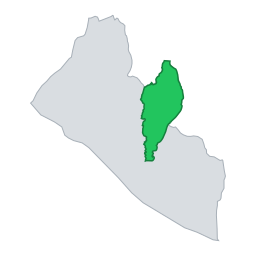 where Nimba sits in Liberia
{"feature_id": "LBR-791", "entity_name": "Nimba", "entity_type": "County", "adm_level": 1, "iso_a3": "LBR", "parent_name": "Liberia", "parent_adm1": "", "projection": "robinson", "projection_center": [-8.946, 6.763], "detail": "fine", "context": "in_parent", "style": "filled", "palette": "green", "viewbox_px": 256, "rotation_deg": 0, "n_neighbors": 0, "source": "natural_earth", "source_scale": "10m", "svg_char_len": 5462}
<svg xmlns="http://www.w3.org/2000/svg" viewBox="0 0 256 256"><path d="M30.6,103.1L33.1,100.7L36.8,93.0L42.0,85.6L46.8,81.2L50.6,76.7L54.7,73.2L60.5,69.1L69.3,58.5L71.4,57.2L72.8,49.9L75.1,40.5L77.6,37.6L83.7,35.8L85.1,34.2L87.2,27.6L88.6,19.9L88.7,18.2L91.1,18.0L95.1,16.3L97.5,17.1L98.5,19.3L99.1,21.2L111.4,16.4L112.4,15.4L113.1,15.5L114.6,19.9L115.5,19.6L116.3,18.3L117.1,18.2L118.1,18.8L119.0,20.8L120.6,22.6L123.2,23.9L124.9,25.7L124.7,30.3L125.4,34.8L126.5,35.8L127.2,38.5L127.5,41.5L128.1,43.0L128.6,46.0L128.3,49.2L128.8,51.5L130.8,55.3L132.0,60.2L132.0,63.7L131.3,67.3L130.0,70.7L127.7,74.3L127.5,75.7L128.9,76.7L130.9,76.9L132.6,76.1L137.0,77.8L139.3,80.2L141.3,83.1L143.1,84.6L143.9,86.5L147.0,86.0L150.6,84.2L151.3,83.3L152.4,83.8L154.7,84.0L156.3,80.7L157.6,77.0L160.4,73.0L161.8,71.4L162.2,68.9L162.3,65.5L163.3,62.7L165.6,61.1L168.1,61.1L169.4,61.7L170.1,64.5L172.1,66.6L173.8,68.1L174.7,68.7L176.2,70.3L177.5,75.9L182.8,94.1L182.6,99.1L181.5,102.4L181.5,105.6L181.1,108.8L177.9,114.0L168.3,124.6L169.0,125.5L171.3,126.7L173.6,127.4L175.6,127.0L178.0,129.7L180.5,133.0L183.3,134.8L187.2,136.3L190.7,136.4L193.6,135.9L197.8,136.5L202.2,139.3L203.8,143.8L204.8,147.8L206.4,149.8L206.6,153.3L209.7,156.3L214.2,156.9L220.0,160.4L221.5,160.2L222.1,159.8L222.8,160.5L224.3,170.7L225.4,176.1L224.8,178.3L224.0,180.0L224.0,188.3L221.4,193.0L221.0,198.2L220.2,199.9L217.4,201.4L217.4,205.4L216.6,210.2L216.4,215.3L217.1,228.7L217.3,238.8L218.6,240.6L213.1,239.8L197.0,232.2L184.7,227.8L143.2,202.8L131.7,192.8L118.4,177.8L88.9,147.7L82.2,142.9L73.7,140.6L68.5,138.0L64.8,135.2L61.8,126.9L54.4,121.9L40.8,114.9L30.6,103.1Z" fill="#d9dde1" stroke="#a8b0b8" stroke-width="1"/><path d="M173.9,68.1L175.8,69.2L176.7,71.1L177.7,74.9L178.2,80.1L178.5,81.2L178.8,81.8L179.6,83.1L179.9,83.8L180.3,85.5L180.5,85.9L181.1,86.7L181.3,87.1L181.3,87.5L181.2,88.2L181.3,88.5L181.4,88.8L182.1,89.6L182.4,90.2L182.5,90.7L182.6,92.0L183.4,97.1L183.3,98.4L182.9,98.9L182.0,99.8L181.7,100.3L181.7,101.2L181.7,102.1L181.7,102.9L181.1,104.4L181.3,104.8L181.7,105.1L181.9,105.4L182.0,106.2L181.9,106.9L181.5,108.5L180.9,110.1L180.2,111.3L176.0,116.7L175.0,117.8L171.6,120.9L171.0,121.8L170.8,121.8L170.1,122.3L169.8,123.1L169.7,123.4L169.5,123.5L169.0,123.6L168.7,123.7L167.6,125.4L166.8,127.4L165.6,131.7L162.8,138.1L162.0,139.4L161.0,140.8L159.7,142.0L158.4,142.6L157.7,143.0L157.1,144.7L156.4,145.4L156.9,146.3L157.1,147.6L156.8,149.0L156.4,150.0L155.7,150.6L153.8,150.8L152.9,151.1L152.3,152.1L152.7,152.7L153.3,153.2L153.3,153.7L152.4,155.0L152.1,156.2L152.4,156.8L153.1,156.1L153.8,156.8L154.2,157.6L154.1,158.6L153.4,159.8L152.9,160.4L152.1,160.8L146.6,160.6L145.4,161.0L145.6,159.7L145.6,159.3L145.7,159.2L146.1,158.4L146.0,158.0L145.8,157.6L145.3,156.9L145.2,156.5L145.1,156.2L145.4,155.6L145.7,155.2L145.8,155.2L145.7,154.8L145.6,154.7L145.3,154.4L145.2,154.2L145.0,153.9L144.9,153.9L144.7,153.8L144.7,153.6L144.7,153.4L144.8,152.8L144.9,152.6L145.0,152.5L145.5,152.6L145.9,152.4L146.0,152.3L146.2,152.1L146.2,151.9L145.4,151.2L145.2,150.9L145.1,150.7L145.2,150.4L146.0,149.3L146.1,149.1L146.0,148.8L145.6,148.0L145.5,147.8L145.2,147.7L145.1,147.4L145.3,146.6L145.2,145.7L145.1,145.4L144.9,145.2L143.9,144.4L143.8,144.2L144.0,144.0L144.2,143.8L144.3,143.8L144.3,143.7L144.3,143.4L144.5,143.3L144.5,143.2L144.6,142.6L144.6,142.3L144.6,142.2L144.8,142.3L145.0,142.6L145.4,142.2L145.5,142.1L145.6,141.9L145.6,141.3L145.7,141.1L145.8,141.0L146.4,140.8L146.5,140.7L146.6,140.4L146.5,139.8L146.5,139.5L146.4,139.4L146.4,139.2L146.3,137.9L146.3,137.6L146.3,137.4L146.6,137.1L146.5,136.9L146.2,136.7L145.3,136.2L144.2,135.9L143.6,135.1L142.6,132.8L142.7,131.2L142.8,130.4L142.8,130.2L142.8,129.3L142.8,129.0L142.8,128.7L143.2,127.5L143.4,126.2L143.4,125.8L143.2,125.6L142.9,125.6L142.7,125.7L142.4,125.6L142.3,125.4L142.8,124.5L142.8,124.2L143.0,122.7L143.2,122.2L143.3,122.0L143.8,121.3L143.9,121.2L144.0,121.2L144.6,120.9L144.8,120.7L144.9,120.4L145.0,120.2L145.1,119.8L145.2,119.4L145.1,119.1L144.8,118.9L144.6,118.8L144.2,118.7L143.8,118.9L143.7,119.0L143.4,119.1L142.9,119.0L140.7,118.2L141.2,118.2L141.4,118.1L141.6,117.9L141.9,117.0L141.9,116.6L141.5,116.0L141.5,115.7L141.9,115.2L142.1,114.9L142.2,114.6L142.4,113.8L142.3,113.5L142.3,113.2L142.6,112.7L142.7,112.4L142.8,112.2L142.9,111.9L143.3,111.6L143.4,111.3L143.3,111.1L143.2,110.7L143.0,110.2L143.4,109.8L143.5,109.6L143.7,109.4L144.1,109.0L144.2,108.8L144.2,108.4L144.0,107.3L144.0,106.8L144.0,106.2L144.3,104.7L144.3,104.3L143.9,103.8L143.6,103.3L143.5,103.2L143.4,103.2L143.2,103.2L142.9,103.1L142.7,102.9L142.6,102.3L142.5,102.0L142.3,101.8L142.1,101.6L142.0,101.1L141.9,100.9L141.8,100.6L141.3,100.4L141.1,100.2L140.9,99.8L140.6,99.4L140.6,99.2L141.4,98.3L141.5,98.1L141.5,97.4L141.5,96.9L141.8,96.2L141.8,95.7L141.9,94.9L142.7,93.5L144.3,87.7L144.5,87.2L145.4,87.0L146.0,86.7L146.7,86.2L147.3,85.6L147.9,85.2L148.7,85.3L149.1,85.0L150.2,84.7L150.4,84.6L150.5,83.8L150.8,83.7L151.3,84.0L151.5,82.7L152.1,83.1L153.0,84.7L153.6,84.6L155.7,83.8L156.2,83.4L156.5,82.3L156.3,81.3L156.0,80.4L155.9,79.4L156.1,78.9L156.5,78.1L157.4,76.9L157.8,76.6L158.6,76.3L159.0,75.9L159.2,75.4L159.2,74.3L159.4,73.8L159.7,73.6L161.0,72.7L161.8,71.7L162.3,70.7L162.5,69.7L162.4,68.4L162.3,68.2L162.1,68.1L161.9,68.0L161.8,67.7L161.9,67.4L162.2,66.8L162.3,66.5L162.4,64.6L162.7,63.5L164.0,61.8L164.3,60.7L170.0,61.1L169.7,63.1L170.0,64.6L170.9,65.8L172.4,67.0L173.9,68.1Z" fill="#22c55e" stroke="#15803d" stroke-width="1.5"/></svg>